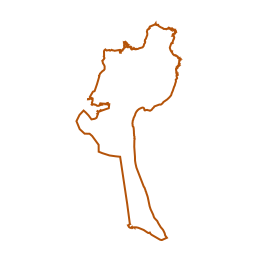 Vigie, Castries, Saint Lucia (Albers equal-area conic projection), rotated 97°
{"feature_id": "8701671B50549026935963", "entity_name": "Vigie", "entity_type": "district", "adm_level": 2, "iso_a3": "LCA", "parent_name": "Saint Lucia", "parent_adm1": "Castries", "projection": "albers", "projection_center": [-60.999, 14.02], "detail": "fine", "context": "isolated", "style": "outline", "palette": "amber", "viewbox_px": 256, "rotation_deg": 97, "n_neighbors": 0, "source": "geoboundaries", "source_scale": "gbopen_adm2", "svg_char_len": 5603}
<svg xmlns="http://www.w3.org/2000/svg" viewBox="0 0 256 256"><g transform="rotate(97 128 128)"><path d="M232.2,76.0L230.1,78.0L228.9,78.4L227.6,79.0L225.0,80.7L223.9,81.8L222.5,83.4L218.7,86.4L216.8,87.6L214.3,90.6L213.1,91.5L210.9,92.5L206.0,95.6L203.0,97.0L194.4,99.9L193.0,100.5L190.2,101.9L189.5,102.1L188.5,102.8L187.8,103.0L185.1,104.4L184.3,105.2L166.3,114.8L162.4,116.2L159.6,117.0L155.6,117.6L145.9,119.5L139.2,120.2L138.0,120.0L137.5,120.5L136.1,120.4L134.6,121.1L134.0,121.1L132.4,121.5L130.8,121.7L127.3,122.4L126.1,122.9L125.8,123.4L125.6,123.5L124.7,123.8L124.1,123.8L123.3,124.1L122.5,124.2L121.8,124.1L120.4,124.2L118.9,123.8L117.6,123.7L114.4,122.6L112.8,122.4L110.5,121.5L110.1,121.1L109.4,120.8L107.8,119.3L106.4,117.1L106.0,116.2L106.0,115.3L106.3,114.7L106.8,114.3L108.0,114.0L108.4,113.6L108.5,113.3L108.0,112.4L107.7,111.1L107.9,110.4L108.0,108.9L108.2,108.3L107.3,107.0L106.8,106.6L105.4,105.8L104.4,104.9L103.4,104.5L100.9,99.7L100.8,98.3L99.5,96.9L97.9,96.0L94.9,92.6L92.6,90.7L90.3,89.2L88.0,88.8L85.7,88.1L81.2,87.2L80.3,86.8L78.0,86.5L76.6,86.2L75.8,86.1L74.2,86.5L73.9,86.3L73.6,85.9L72.6,85.3L72.2,85.4L71.2,86.0L69.9,86.2L69.6,85.6L69.3,85.9L68.7,86.1L68.6,85.3L68.1,85.5L67.6,85.5L67.6,86.1L67.9,86.4L67.5,86.8L66.6,86.9L65.5,86.3L66.2,86.9L64.0,87.5L63.1,87.5L62.8,87.1L62.8,86.5L62.2,86.1L61.9,86.1L62.1,86.3L62.2,86.9L61.6,87.1L61.2,86.6L61.1,86.0L60.8,85.7L60.9,86.2L60.6,86.1L60.6,86.3L60.4,86.3L59.9,85.7L59.5,85.5L59.3,84.9L58.3,84.2L58.3,83.8L58.0,84.5L58.3,85.0L58.3,85.4L57.4,85.4L56.9,85.2L55.6,85.3L55.3,85.0L54.6,85.2L54.3,84.8L54.3,85.1L54.0,85.0L53.6,85.3L53.3,85.1L53.6,84.7L53.3,84.4L52.8,84.3L52.7,84.8L52.8,85.8L52.5,86.0L52.2,85.9L52.4,86.7L51.6,87.0L51.5,87.4L51.0,87.5L50.6,88.3L50.6,89.1L50.0,89.5L50.1,89.8L50.3,89.7L50.3,89.9L50.0,90.1L50.1,91.1L49.8,91.3L49.7,91.7L49.2,92.4L47.4,93.7L46.5,93.6L46.5,94.0L46.9,94.1L47.0,93.9L47.0,94.1L45.8,95.1L43.8,96.1L43.1,96.3L38.8,95.4L38.3,95.0L38.5,94.4L38.2,94.0L37.9,94.2L38.2,94.6L36.9,94.1L35.3,93.9L34.7,93.5L34.3,93.6L33.9,93.3L32.6,93.1L32.2,93.2L31.4,94.2L31.2,94.2L31.0,93.8L30.5,94.0L30.8,95.0L30.1,94.7L29.7,95.0L29.2,94.7L28.9,93.4L28.4,92.7L28.1,92.7L27.4,93.2L26.8,93.0L26.5,92.7L26.6,92.3L27.0,92.1L26.9,91.9L25.5,92.5L25.3,92.9L25.6,93.9L25.5,94.5L25.0,94.7L24.7,94.4L24.7,95.0L23.8,96.3L24.3,96.6L24.1,97.1L24.3,97.2L25.4,96.8L25.3,97.0L24.8,97.4L25.0,97.6L24.8,97.9L24.0,98.2L23.4,99.8L23.7,100.1L24.2,100.2L24.5,100.0L24.6,101.0L25.0,101.4L25.0,101.7L25.3,102.1L25.1,102.4L25.3,104.8L24.6,105.7L24.2,107.3L23.3,109.4L22.5,110.7L21.9,110.7L21.9,110.8L22.3,111.6L22.3,112.2L22.1,112.4L21.8,112.5L21.7,113.1L20.9,113.3L22.2,113.9L22.1,114.3L22.8,115.2L23.3,116.4L23.7,116.7L23.9,117.3L24.2,117.6L24.3,118.1L24.6,118.6L24.9,118.8L25.5,118.9L26.1,118.6L26.5,119.4L26.7,119.5L27.3,119.4L27.8,120.4L28.2,120.7L30.1,121.0L31.6,120.4L33.4,120.2L35.2,120.7L37.2,121.1L38.3,121.8L39.2,121.9L39.8,121.9L40.0,121.6L40.4,121.4L41.4,121.5L42.7,122.2L44.8,122.5L46.2,123.4L47.5,126.6L48.3,127.8L48.7,129.3L48.8,129.5L48.5,129.7L48.6,130.0L48.9,130.1L48.9,131.5L48.2,131.5L47.9,131.9L48.7,132.4L48.9,132.9L49.4,133.3L49.6,133.9L49.4,134.3L48.8,134.6L48.5,134.9L47.5,134.4L47.0,135.0L46.9,135.4L47.4,136.5L46.7,137.2L46.7,137.4L47.2,138.0L47.9,138.1L47.9,138.3L47.5,139.2L47.1,139.3L46.1,138.9L45.5,139.1L45.2,138.5L44.8,139.8L44.2,139.6L44.7,139.2L44.2,139.1L42.7,141.1L43.0,141.5L43.5,140.7L43.6,141.2L44.3,140.7L44.6,141.5L44.3,142.0L43.8,142.2L44.0,141.7L43.5,141.9L43.4,141.6L43.2,141.9L43.6,142.4L44.0,142.5L45.0,141.5L44.9,142.1L44.6,142.5L45.3,141.7L45.7,141.8L46.5,141.4L46.7,141.5L46.8,141.9L47.7,141.7L48.1,140.9L48.4,140.8L49.0,141.7L49.8,141.9L50.0,142.3L50.5,142.3L50.9,142.7L51.8,142.9L52.1,143.6L52.0,144.0L53.2,144.2L53.5,144.7L54.2,144.5L54.2,145.1L53.0,145.5L52.5,145.2L52.0,144.6L51.7,144.5L51.4,144.8L51.6,146.1L53.0,150.7L52.8,151.6L52.8,152.6L52.4,153.8L53.3,154.9L53.3,155.6L52.9,156.0L53.7,158.8L52.8,160.0L53.6,160.8L54.7,161.2L59.4,160.5L59.8,160.8L61.4,159.9L61.7,160.2L62.6,160.3L64.5,161.7L65.1,161.3L66.7,160.8L68.7,159.2L69.7,158.7L72.4,158.4L73.6,159.0L74.8,160.4L77.5,162.4L79.3,162.8L79.6,163.2L79.8,163.2L80.3,162.8L88.2,164.1L95.3,165.6L95.7,166.0L96.0,166.9L96.4,167.3L101.7,169.6L102.3,169.0L103.9,170.1L104.1,171.2L104.4,171.2L104.2,170.1L102.4,168.9L103.3,169.2L103.6,168.4L103.7,167.9L102.7,167.5L103.0,166.7L105.2,166.5L107.5,166.9L108.3,166.4L109.2,166.9L109.4,166.5L108.5,165.9L108.9,164.5L108.7,164.3L108.9,162.9L109.7,161.4L109.6,160.0L109.3,159.3L108.7,158.4L107.8,158.5L107.8,158.8L106.9,158.5L106.9,156.5L107.8,156.4L107.9,157.0L108.2,157.0L108.0,156.2L106.9,156.4L106.7,153.5L107.2,153.4L107.0,152.6L106.7,152.6L106.7,151.6L105.7,151.6L105.6,151.1L107.3,151.0L107.3,150.8L106.8,150.8L106.7,149.5L110.7,149.5L111.3,150.8L110.6,151.0L111.3,150.9L113.9,156.1L112.9,156.8L114.0,156.3L114.6,157.5L114.0,157.7L114.1,157.8L114.7,157.6L115.0,158.2L114.9,158.3L115.3,158.9L114.9,160.3L115.3,160.4L115.8,159.1L116.5,159.4L117.6,159.5L117.8,160.1L118.3,159.7L121.5,160.4L121.9,160.7L122.9,162.1L123.9,165.3L120.3,168.7L117.6,172.0L116.1,174.2L120.9,177.7L127.5,180.0L135.0,175.8L138.9,170.4L138.4,165.4L140.3,162.6L148.3,155.1L155.1,154.2L156.1,150.4L157.5,143.0L157.6,136.8L157.5,132.3L203.6,119.5L222.9,114.5L223.1,114.3L223.4,114.8L224.3,115.4L224.6,116.1L226.1,115.0L226.6,114.2L226.8,113.0L225.7,112.0L226.7,111.5L225.9,110.3L225.8,109.5L226.0,109.3L225.8,109.3L225.6,107.6L225.8,105.5L227.3,100.0L229.6,95.5L229.7,94.8L229.1,93.6L230.2,92.9L231.1,91.6L234.9,82.7L235.1,81.3L235.0,80.6L232.2,76.0Z" fill="none" stroke="#b45309" stroke-width="2"/></g></svg>